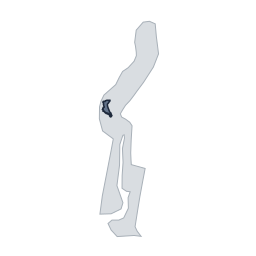 Nianija, Central River, Gambia shown in context, rotated 280°
{"feature_id": "56634734B85088174381509", "entity_name": "Nianija", "entity_type": "district", "adm_level": 2, "iso_a3": "GMB", "parent_name": "Gambia", "parent_adm1": "Central River", "projection": "natural_earth1", "projection_center": [-15.106, 13.716], "detail": "fine", "context": "in_parent", "style": "filled", "palette": "slate", "viewbox_px": 256, "rotation_deg": 280, "n_neighbors": 0, "source": "geoboundaries", "source_scale": "gbopen_adm2", "svg_char_len": 3571}
<svg xmlns="http://www.w3.org/2000/svg" viewBox="0 0 256 256"><g transform="rotate(280 128 128)"><path d="M38.3,115.3L56.7,114.5L79.0,114.9L103.2,115.3L114.7,115.4L120.7,103.5L132.1,98.2L143.8,96.3L149.9,96.8L156.3,98.6L168.6,108.4L176.3,110.6L182.8,112.9L187.4,117.7L194.8,122.4L200.6,123.7L204.0,123.0L209.8,121.2L213.5,119.7L225.8,119.1L234.9,124.6L236.8,130.6L235.3,136.7L223.1,140.0L206.3,145.2L192.4,142.4L175.5,135.3L165.6,130.3L161.4,128.3L155.2,125.1L149.9,121.6L144.6,119.4L140.7,118.0L137.7,119.8L136.3,124.0L133.9,128.8L130.9,131.6L116.7,133.2L103.9,135.0L97.1,136.5L92.5,137.6L91.1,151.9L76.7,151.7L62.5,151.6L47.8,151.8L32.0,152.1L27.9,155.0L23.6,159.7L23.2,152.6L19.2,136.2L24.6,129.1L30.5,124.9L34.5,128.2L35.7,134.9L38.7,139.4L49.1,142.3L59.4,140.2L65.6,141.2L65.4,137.5L67.6,132.6L80.1,130.5L93.3,129.1L106.8,126.1L117.4,126.3L120.6,125.4L119.9,124.2L110.3,122.8L90.0,126.1L69.3,127.1L53.5,136.0L47.1,135.2L40.6,126.3L38.3,115.3Z" fill="#d9dde1" stroke="#a8b0b8" stroke-width="1"/><path d="M150.0,99.1L149.9,99.0L149.6,99.0L149.4,99.1L149.5,99.0L149.5,98.9L149.3,98.8L149.1,98.8L148.9,98.9L148.9,99.1L148.7,99.2L148.4,99.4L148.2,99.5L147.9,99.6L147.7,99.6L147.6,99.8L147.3,99.9L147.1,99.9L147.0,99.7L146.9,99.7L146.7,99.9L146.5,100.0L146.4,100.0L146.2,100.1L145.9,100.2L145.7,100.3L145.2,100.6L144.9,100.9L144.7,100.9L144.3,100.7L144.2,100.8L144.1,100.7L144.0,100.4L144.0,100.2L143.9,100.2L143.7,100.1L143.4,100.0L143.3,99.9L143.2,99.8L143.1,99.7L142.9,99.8L142.7,99.8L142.7,100.0L142.5,100.3L142.3,100.3L142.2,100.2L142.0,99.8L141.7,99.6L141.5,99.8L141.4,100.0L141.5,100.2L141.5,100.3L141.3,100.5L141.2,100.6L141.0,100.8L140.8,100.8L140.7,100.8L140.7,100.7L140.3,100.5L140.2,100.5L140.1,100.8L140.1,101.1L140.3,101.3L140.5,101.4L140.5,101.5L140.4,101.7L140.2,101.8L140.1,102.0L140.0,102.3L139.9,102.4L139.7,102.5L139.5,102.4L139.3,102.5L139.2,102.7L139.1,102.8L139.0,103.0L139.3,103.2L139.3,103.3L139.3,103.5L139.2,103.7L139.2,103.8L138.9,103.7L138.6,103.8L138.5,104.1L138.4,104.2L138.4,104.3L138.5,104.4L138.8,104.3L139.0,104.4L139.0,104.5L139.1,104.9L139.1,105.0L139.0,105.3L139.1,105.5L139.1,105.8L138.9,105.9L138.6,105.6L138.3,105.7L138.2,105.7L138.1,105.8L138.0,106.1L138.0,106.3L138.0,106.5L138.3,106.5L138.5,106.7L138.5,106.8L138.6,107.3L138.4,107.6L138.3,107.8L138.2,107.8L137.9,108.0L137.7,108.1L137.3,108.2L137.2,108.1L137.2,107.9L137.1,107.7L136.9,107.8L136.7,107.8L136.5,108.0L136.3,108.3L136.2,108.3L136.0,108.5L135.9,108.9L135.9,109.1L136.1,109.3L136.2,109.2L136.4,109.3L136.6,109.5L137.0,109.7L137.0,109.8L137.3,110.0L137.4,109.9L138.2,109.4L138.4,109.3L139.6,108.6L139.8,108.4L140.0,108.3L140.0,107.8L140.0,107.7L140.6,107.3L140.8,107.2L141.1,107.0L141.2,106.9L141.3,106.8L141.4,106.7L141.5,106.7L141.8,106.4L142.1,106.3L142.1,106.2L142.5,106.0L142.8,105.9L143.1,105.7L143.3,105.5L143.6,105.4L143.8,105.2L144.0,105.1L144.6,104.8L144.6,104.7L145.0,104.6L145.5,104.3L145.6,104.2L145.9,104.1L146.1,104.0L146.3,104.0L146.5,103.9L147.1,103.7L147.3,103.7L147.6,103.6L147.8,103.6L148.1,103.6L148.4,103.8L148.5,103.9L148.6,104.0L149.3,104.5L149.7,104.6L149.8,104.6L150.7,105.1L150.8,105.1L151.0,105.3L151.4,105.5L151.5,105.5L151.9,105.5L152.0,105.5L152.2,105.4L152.1,105.0L152.1,104.7L151.7,104.5L151.7,104.2L151.9,104.0L151.9,103.9L151.8,103.7L151.8,103.4L151.8,103.2L151.7,103.1L151.7,102.8L151.7,102.6L151.7,102.4L151.5,102.1L151.4,102.1L151.2,101.6L150.9,100.9L150.4,100.9L150.2,100.9L150.2,100.5L150.1,100.4L150.0,100.2L150.0,99.9L150.0,99.7L149.9,99.7L150.0,99.3L150.0,99.1Z" fill="#64748b" stroke="#1e293b" stroke-width="1.5"/></g></svg>